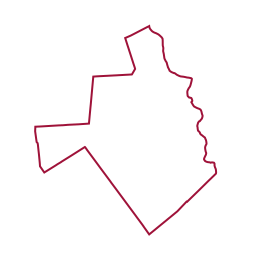 outline of Hidalgo, Coahuila, Mexico, rotated 6°
{"feature_id": "50627088B72428644166662", "entity_name": "Hidalgo", "entity_type": "district", "adm_level": 2, "iso_a3": "MEX", "parent_name": "Mexico", "parent_adm1": "Coahuila", "projection": "albers", "projection_center": [-99.978, 27.853], "detail": "fine", "context": "isolated", "style": "outline", "palette": "rose", "viewbox_px": 256, "rotation_deg": 6, "n_neighbors": 0, "source": "geoboundaries", "source_scale": "gbopen_adm2", "svg_char_len": 3556}
<svg xmlns="http://www.w3.org/2000/svg" viewBox="0 0 256 256"><g transform="rotate(6 128 128)"><path d="M49.4,181.0L60.2,172.6L60.9,172.0L61.9,171.2L65.0,168.9L65.1,168.7L74.6,161.3L87.1,151.4L87.3,151.5L89.1,153.5L89.3,153.8L101.5,167.1L104.3,170.2L115.9,182.8L116.0,182.9L117.1,184.2L122.2,189.7L126.5,194.4L129.9,198.1L143.0,212.4L147.0,216.8L153.5,223.9L153.5,224.0L160.2,231.6L185.7,205.8L185.8,205.7L189.1,201.4L194.0,195.0L194.5,195.2L196.9,192.3L202.9,185.1L206.2,181.1L211.7,174.4L214.0,171.6L215.2,170.2L220.2,164.2L220.3,163.3L220.2,162.5L219.8,160.4L219.4,159.3L218.6,157.9L218.0,156.4L218.0,156.1L217.8,154.8L217.8,154.5L217.5,154.0L217.3,153.7L217.0,153.5L216.7,153.5L215.7,153.4L214.9,153.5L214.7,153.5L214.2,153.7L213.7,153.9L213.4,153.8L213.0,153.6L212.9,153.6L212.7,153.6L211.9,153.6L211.4,153.6L211.0,153.6L210.2,153.5L209.4,153.3L209.1,153.2L208.6,153.0L208.4,152.9L208.2,152.8L208.2,152.7L207.8,152.4L207.7,152.3L207.6,152.2L207.4,152.0L207.2,151.6L207.0,151.4L206.9,151.2L206.9,150.4L207.0,150.0L207.4,148.8L207.8,147.6L208.2,146.6L208.4,145.4L208.4,144.8L208.2,144.2L207.8,143.5L207.5,142.6L207.0,140.9L206.8,139.9L206.7,139.0L206.9,138.0L207.1,137.1L207.4,136.5L207.6,136.1L207.7,135.4L207.6,134.6L207.5,134.3L207.4,133.9L207.2,133.0L206.8,131.9L206.1,130.7L205.5,129.5L205.4,129.4L205.0,129.2L204.0,128.6L202.8,127.8L202.4,127.5L201.9,127.3L201.1,126.8L200.5,126.2L200.3,126.0L200.2,125.5L199.9,125.1L199.6,124.6L198.5,123.7L198.0,123.4L197.9,123.2L197.7,122.6L197.4,121.5L197.1,120.0L196.7,118.9L196.7,118.4L196.7,118.1L197.0,116.4L197.1,115.8L197.2,115.3L197.6,114.6L198.1,113.9L198.7,113.7L198.8,113.6L199.1,113.0L199.8,112.0L200.4,111.1L200.6,110.5L200.7,110.1L200.8,109.6L200.9,108.9L200.9,108.1L200.8,107.7L200.3,106.7L200.0,106.0L199.5,104.5L199.1,103.5L198.5,102.5L198.0,102.0L197.5,101.8L196.5,101.4L195.6,101.2L194.5,100.9L194.3,100.8L193.7,100.6L191.5,99.7L191.0,99.2L190.0,98.0L189.1,96.7L188.3,95.7L188.4,95.4L189.0,94.7L189.1,94.3L189.0,93.8L188.9,93.5L188.4,92.5L188.2,92.0L187.8,91.6L187.6,91.5L186.9,91.4L185.6,91.3L185.3,91.0L184.7,90.5L184.2,90.2L183.9,89.6L183.8,89.1L183.5,87.7L183.4,87.2L183.2,85.8L183.3,84.7L183.6,83.8L184.2,82.2L185.2,80.5L185.5,79.5L185.7,78.6L186.0,76.7L186.3,74.5L186.4,73.2L186.4,72.7L186.3,72.3L186.0,72.1L185.7,71.9L185.3,71.8L183.1,71.6L182.8,71.6L181.2,71.6L180.7,71.5L178.9,71.3L177.5,71.2L175.1,71.2L174.6,71.1L174.0,71.0L173.3,70.8L172.2,70.4L170.9,69.9L169.1,68.8L168.6,68.6L168.2,68.5L167.9,68.6L166.9,68.3L165.6,67.9L164.9,67.6L164.4,67.3L164.2,67.2L163.6,66.8L163.4,66.7L163.1,66.1L162.2,64.6L161.9,64.2L161.7,63.9L161.5,63.6L161.3,63.3L161.3,63.1L160.6,61.5L160.3,60.7L159.8,59.4L159.6,58.8L159.0,58.1L158.2,57.1L157.7,56.2L157.2,55.5L156.8,54.5L156.4,52.8L156.2,52.2L156.1,51.6L155.8,50.5L155.4,49.3L155.3,49.0L155.1,48.5L154.9,47.7L154.8,45.1L154.6,44.1L154.0,42.5L153.8,41.2L153.6,39.4L153.5,38.5L153.3,36.9L153.0,35.5L152.0,34.3L150.2,32.9L149.6,32.5L148.9,32.0L147.9,31.5L146.0,30.8L144.1,30.3L142.7,29.7L142.2,29.4L141.7,29.1L140.9,28.4L139.8,27.3L139.4,26.8L139.1,26.3L138.8,25.6L138.5,24.8L138.4,24.4L121.1,35.8L120.2,36.3L115.8,38.8L119.0,46.1L120.0,48.3L121.0,50.6L122.7,54.4L126.8,63.7L126.9,63.9L128.3,67.0L128.9,68.5L126.3,74.3L126.0,74.4L110.5,76.9L92.1,79.8L88.1,80.5L88.5,108.8L88.5,111.4L88.7,127.7L78.4,129.5L68.0,131.1L63.3,132.0L58.5,132.7L41.0,135.6L35.7,136.4L36.0,141.0L38.0,149.1L38.6,151.5L39.7,152.5L40.1,153.9L40.4,155.3L41.3,159.5L42.2,163.6L44.0,172.5L44.1,173.1L44.5,175.3L49.4,181.0Z" fill="none" stroke="#9f1239" stroke-width="2"/></g></svg>